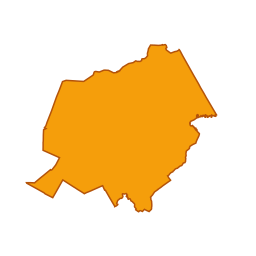 Mālupes pag., Aluksne, Latvia (Albers equal-area conic projection), rotated 200°
{"feature_id": "27541924B23418807061987", "entity_name": "Mālupes pag.", "entity_type": "district", "adm_level": 2, "iso_a3": "LVA", "parent_name": "Latvia", "parent_adm1": "Aluksne", "projection": "albers", "projection_center": [27.242, 57.317], "detail": "fine", "context": "isolated", "style": "filled", "palette": "amber", "viewbox_px": 256, "rotation_deg": 200, "n_neighbors": 0, "source": "geoboundaries", "source_scale": "gbopen_adm2", "svg_char_len": 5226}
<svg xmlns="http://www.w3.org/2000/svg" viewBox="0 0 256 256"><g transform="rotate(200 128 128)"><path d="M174.9,36.8L173.8,43.1L171.5,56.9L158.7,54.0L157.1,53.7L154.7,53.1L151.7,52.5L147.5,51.6L146.6,51.3L144.8,53.2L143.3,54.5L140.6,57.0L140.1,57.6L139.7,57.9L134.1,63.3L132.1,65.1L128.7,61.6L128.0,61.8L121.6,56.4L113.7,49.9L113.6,49.6L112.5,50.6L112.0,51.3L111.4,52.5L111.5,52.8L112.1,52.8L112.6,53.0L112.9,53.3L113.0,53.4L113.0,53.7L112.8,54.7L112.9,55.7L112.9,56.3L112.8,56.6L112.4,57.2L111.5,58.8L111.2,59.2L110.4,59.5L110.1,59.7L109.8,59.9L109.7,60.2L109.5,61.0L109.3,61.4L109.3,61.6L109.3,61.8L110.5,63.6L110.7,64.0L110.5,64.4L110.2,64.5L109.3,64.6L108.8,64.7L107.8,65.4L107.4,65.8L107.2,65.7L106.8,65.7L106.7,65.4L106.3,65.1L106.3,64.7L106.1,64.6L105.6,64.7L105.5,64.0L105.4,63.7L105.5,63.6L106.0,63.7L106.2,63.3L105.9,63.2L105.7,63.2L105.2,63.4L105.0,63.2L105.1,62.8L105.1,62.7L104.9,62.7L104.9,62.9L104.8,63.0L104.3,62.7L104.1,62.3L104.0,62.0L104.0,61.6L103.5,61.2L103.4,61.2L103.3,61.5L103.2,61.6L102.9,61.5L102.8,61.8L102.6,62.0L102.0,62.1L101.7,62.1L101.1,61.5L100.6,60.9L100.2,60.5L99.0,60.4L98.3,60.0L97.8,59.9L97.3,59.5L96.3,59.2L95.8,58.7L95.6,58.4L95.4,57.8L95.1,56.6L94.9,56.2L94.2,55.7L92.9,55.0L92.7,54.5L92.8,53.8L89.5,52.9L89.3,53.0L88.8,54.1L88.4,54.5L87.7,54.6L85.9,54.5L84.7,57.2L82.6,56.9L79.6,56.7L78.3,59.4L78.2,59.7L78.3,60.4L78.6,61.1L78.8,62.2L79.3,63.8L80.6,66.8L80.9,67.4L82.1,68.6L82.7,70.3L83.2,70.7L82.1,73.3L81.2,77.0L78.9,80.3L79.0,80.4L76.8,83.5L75.6,85.5L70.4,93.0L70.1,93.3L70.1,93.5L72.4,94.9L74.4,96.6L74.2,96.8L73.3,98.1L73.1,99.3L72.7,100.0L72.5,100.5L72.0,101.1L71.2,101.9L70.9,102.2L70.8,103.0L70.4,103.5L69.8,105.1L69.3,106.0L67.8,107.1L66.1,110.0L64.7,111.1L64.6,111.3L64.1,113.7L64.0,114.1L62.7,114.9L62.5,116.3L63.0,117.8L63.2,118.9L63.5,119.3L64.0,120.2L64.0,120.4L63.9,121.8L64.9,123.9L65.0,124.8L65.3,125.9L65.3,126.1L65.0,126.9L63.8,128.7L63.3,129.7L63.3,130.0L63.5,130.3L63.5,132.0L61.5,134.6L59.1,137.0L59.2,138.6L59.1,140.8L58.7,144.8L58.8,146.3L58.9,146.9L59.0,147.1L62.0,148.6L62.4,149.6L63.1,149.3L63.1,149.5L63.2,150.1L63.3,150.1L63.7,150.1L63.8,149.9L64.4,150.0L64.3,150.4L63.9,150.6L64.0,150.9L64.1,151.0L64.3,151.1L64.6,150.9L64.9,150.8L65.2,150.5L65.3,150.5L65.5,150.7L65.5,150.8L65.6,151.0L66.8,151.4L66.8,151.5L66.7,151.6L66.7,151.8L67.3,152.0L67.6,151.9L68.4,152.4L68.9,151.9L69.4,151.5L70.0,151.6L70.5,151.9L71.2,152.8L71.3,153.0L71.0,153.3L71.2,153.6L71.5,153.6L71.7,153.9L71.7,154.1L71.7,154.5L71.3,155.1L71.4,155.5L71.3,155.8L69.5,157.5L68.7,158.3L67.6,159.9L67.4,160.3L67.2,160.6L66.8,160.9L66.7,161.0L66.8,161.3L66.9,161.6L67.3,162.1L67.7,163.0L67.7,163.3L67.6,163.9L67.4,164.3L67.1,164.4L66.9,164.4L66.6,164.2L66.3,163.9L66.2,163.7L66.5,163.3L66.5,163.2L66.3,162.9L66.2,162.6L66.2,161.9L66.0,161.7L65.8,161.8L65.2,162.1L64.6,163.0L64.3,163.3L64.0,163.4L63.7,163.3L63.4,163.6L63.4,163.8L63.4,164.0L63.7,164.3L63.6,164.6L63.3,164.5L63.2,164.3L62.8,164.0L62.6,164.0L62.2,164.0L61.9,164.3L61.7,164.6L62.0,165.3L61.8,165.7L61.7,165.7L61.4,165.6L60.7,165.2L60.1,165.0L59.7,164.8L59.6,164.7L59.3,164.5L59.1,164.5L58.7,164.7L58.7,164.8L58.7,165.0L59.0,165.2L59.1,165.3L59.2,165.8L59.1,166.0L59.3,166.4L59.5,166.6L59.8,166.4L60.0,166.4L60.0,166.6L59.9,166.8L59.6,166.9L59.0,166.6L58.6,166.6L58.1,166.7L57.7,166.3L56.9,165.3L56.5,165.5L56.4,165.7L56.5,166.4L56.4,166.6L55.9,166.8L55.6,166.8L55.6,167.1L55.5,167.4L55.3,167.6L54.7,167.7L54.2,167.5L54.0,167.3L53.7,166.9L53.5,166.6L53.2,166.7L53.1,166.8L53.1,167.1L53.1,167.4L53.2,168.0L53.9,168.5L54.0,168.7L54.0,168.8L53.8,168.9L53.7,168.9L53.3,168.3L53.1,168.3L52.4,168.7L52.2,168.8L51.1,168.7L49.7,168.9L49.5,169.1L49.5,169.3L49.7,169.5L50.4,169.5L50.5,169.6L50.6,169.9L50.3,170.2L49.5,170.4L49.3,170.6L49.6,170.8L65.4,183.8L68.6,186.6L73.6,190.7L77.0,193.8L83.8,199.5L101.6,214.8L105.1,218.0L106.7,219.2L106.8,219.2L106.8,218.8L106.9,218.5L108.4,216.8L110.0,215.9L113.4,213.0L113.7,213.0L118.6,214.4L119.7,215.7L119.7,215.9L119.0,216.8L119.1,217.0L120.3,218.6L121.4,219.1L121.6,219.1L123.7,217.8L123.8,217.9L124.1,218.1L125.3,217.1L127.7,216.0L131.1,215.0L135.1,213.7L135.2,213.4L135.9,209.2L135.7,208.7L135.4,206.4L135.3,204.8L134.3,202.5L135.3,199.9L136.4,198.7L137.8,198.1L138.5,197.7L138.6,197.3L138.3,196.0L139.5,194.6L140.7,194.3L140.9,194.2L141.8,193.8L143.7,193.7L143.9,193.5L145.5,191.2L149.5,188.7L153.7,183.5L155.4,179.4L155.2,179.2L155.6,178.7L155.8,178.3L156.1,178.4L156.4,178.3L156.3,178.0L156.4,177.9L156.5,177.9L156.5,177.5L156.9,177.2L157.2,177.2L157.3,177.4L157.5,177.2L157.8,177.0L157.8,176.8L157.8,176.5L157.7,176.3L158.8,175.7L160.4,174.9L166.1,175.5L168.8,174.7L170.4,174.1L174.1,170.8L177.7,170.1L178.5,169.6L178.8,169.2L178.9,168.4L178.8,166.5L178.9,166.0L179.0,165.6L185.4,156.8L185.9,156.5L202.5,151.6L205.4,149.2L205.5,139.6L205.8,133.0L205.7,117.7L205.8,113.7L206.0,105.6L205.9,102.0L206.6,99.6L204.9,99.4L206.7,97.5L206.7,97.3L206.6,97.1L205.2,92.6L203.1,86.6L202.9,85.6L201.4,81.5L200.2,78.0L182.2,76.7L183.2,68.8L183.2,68.7L183.3,68.6L183.4,68.1L185.1,62.9L186.0,62.0L186.6,62.3L191.5,54.0L192.8,51.9L193.4,50.9L196.5,45.5L197.0,44.5L200.5,43.4L204.7,41.9L204.3,41.5L192.2,39.6L184.8,38.4L183.4,37.8L174.9,36.8Z" fill="#f59e0b" stroke="#b45309" stroke-width="1.5"/></g></svg>